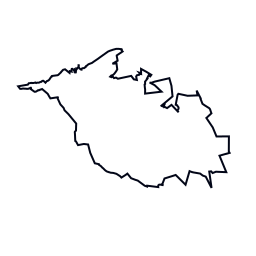 outline of Ramos Arizpe, Coahuila, Mexico, rotated 165°
{"feature_id": "50627088B1488755030545", "entity_name": "Ramos Arizpe", "entity_type": "district", "adm_level": 2, "iso_a3": "MEX", "parent_name": "Mexico", "parent_adm1": "Coahuila", "projection": "natural_earth1", "projection_center": [-101.014, 25.924], "detail": "fine", "context": "isolated", "style": "outline", "palette": "ink", "viewbox_px": 256, "rotation_deg": 165, "n_neighbors": 0, "source": "geoboundaries", "source_scale": "gbopen_adm2", "svg_char_len": 5061}
<svg xmlns="http://www.w3.org/2000/svg" viewBox="0 0 256 256"><g transform="rotate(165 128 128)"><path d="M166.6,200.4L166.7,200.1L166.9,199.9L167.0,199.7L167.1,199.4L167.3,199.2L167.4,198.9L167.5,198.8L167.5,198.7L167.6,198.4L167.7,198.2L167.8,198.1L167.9,197.7L167.9,197.1L169.1,197.8L169.5,198.0L170.2,196.3L173.6,201.0L175.6,201.0L176.5,200.5L176.6,200.3L177.6,199.8L178.2,199.2L178.5,199.2L178.9,198.8L181.0,197.7L181.4,197.4L181.9,197.3L182.3,197.2L187.7,197.9L188.2,197.5L188.4,197.7L189.8,196.6L191.5,195.1L192.0,194.8L192.4,194.7L192.6,194.5L193.0,194.4L193.4,194.4L194.0,194.3L194.3,194.3L195.3,193.6L196.0,193.1L197.5,195.5L198.5,195.7L198.8,195.6L199.0,195.5L199.2,195.3L199.8,195.0L200.1,195.1L200.8,195.2L201.7,194.9L202.0,194.9L202.5,194.9L203.0,195.0L204.1,195.3L204.3,195.3L204.5,195.3L204.8,195.3L205.1,195.2L205.5,195.5L205.7,195.9L207.5,195.9L208.3,196.1L209.0,196.2L209.1,196.4L209.4,196.5L209.7,196.6L209.9,196.6L210.3,196.7L210.8,196.7L211.2,196.7L211.9,196.8L212.1,196.9L212.3,196.9L213.5,195.8L223.3,196.7L222.1,193.8L221.3,193.5L220.7,193.4L219.1,193.3L218.7,193.1L218.3,193.0L217.9,192.8L217.6,192.7L217.1,192.6L216.8,192.5L216.6,192.4L216.2,192.3L215.9,192.1L215.5,192.0L214.9,191.8L214.6,191.8L214.3,191.7L214.0,191.7L213.8,191.7L213.6,191.8L213.2,191.8L212.1,192.0L211.8,192.1L211.7,192.1L211.4,192.0L211.4,191.8L211.4,191.5L211.4,191.3L211.5,191.2L211.7,190.9L211.8,190.7L208.9,187.2L208.4,187.1L208.0,187.0L207.7,187.0L207.3,187.0L207.0,187.1L206.6,187.2L206.3,187.3L206.0,187.4L205.5,187.7L205.3,187.7L205.1,187.7L204.8,187.7L204.7,187.5L204.0,187.5L203.4,187.7L203.0,187.7L202.8,187.7L202.7,187.8L202.3,187.8L202.2,187.7L201.4,187.8L200.9,187.9L196.7,181.8L196.0,179.0L195.3,176.7L188.1,175.9L187.8,175.7L188.3,174.7L187.2,168.3L185.0,164.1L184.7,161.5L182.0,156.9L176.9,145.7L178.9,139.0L179.0,138.9L179.9,138.4L180.3,138.1L180.5,137.6L180.7,136.4L181.0,135.0L182.3,129.1L181.7,128.5L180.7,124.4L174.8,124.0L170.8,122.4L170.9,113.7L170.8,113.1L169.2,102.5L165.5,100.6L165.6,100.0L164.1,98.3L163.7,97.6L163.1,96.4L162.4,95.5L161.4,93.7L160.9,92.9L160.7,92.7L160.0,91.8L159.2,91.1L158.6,90.8L157.8,90.2L157.7,90.2L156.9,89.7L156.3,89.3L153.8,88.4L151.0,86.7L148.0,83.4L147.2,81.8L142.4,83.3L140.4,84.1L138.0,78.7L134.4,76.1L132.2,74.7L126.8,67.9L124.7,66.5L124.4,67.3L114.1,63.1L114.0,63.9L113.5,64.8L112.6,65.2L111.6,65.0L110.7,64.6L109.8,64.1L109.3,63.9L109.2,64.1L109.3,64.2L109.3,64.3L109.4,64.6L109.3,64.9L109.3,65.1L109.2,65.1L109.1,65.4L109.0,65.5L108.9,65.5L108.2,66.5L105.8,69.8L98.0,70.1L94.1,70.3L92.5,67.6L91.3,65.5L87.1,58.3L79.7,70.4L77.4,68.7L77.2,68.7L76.8,68.5L76.6,68.3L70.1,65.3L68.1,62.7L65.5,60.9L62.8,48.5L60.8,64.9L58.9,64.6L57.9,62.6L54.4,63.0L44.5,59.9L46.8,77.6L36.3,77.7L36.7,79.2L32.7,93.8L44.7,96.9L46.0,106.6L49.7,117.4L43.6,120.6L43.7,121.2L43.9,124.9L44.4,126.1L48.1,130.1L49.8,132.1L50.4,137.6L50.1,137.8L52.0,146.4L52.4,141.5L62.1,143.7L70.5,148.0L71.5,147.2L75.9,138.1L74.6,137.2L74.5,136.3L74.0,135.4L73.9,134.5L74.0,134.1L74.2,133.6L74.6,133.1L75.7,132.2L75.1,130.1L80.0,139.1L85.1,137.1L87.0,138.8L87.8,138.8L87.9,139.7L87.5,140.2L88.7,139.9L89.1,140.9L90.8,140.5L76.8,147.0L75.1,157.5L75.2,165.4L90.1,165.9L94.0,165.6L95.4,166.4L91.2,162.5L89.0,159.0L87.9,157.1L86.2,154.4L102.6,156.8L101.5,160.7L101.2,163.0L100.7,165.7L100.5,165.8L100.1,166.0L99.5,168.4L96.5,170.6L96.8,170.9L94.5,173.5L93.2,172.1L91.7,173.3L95.8,177.6L100.1,181.7L100.4,180.5L101.2,177.5L102.9,178.6L102.1,176.9L103.0,177.2L103.5,176.5L105.1,176.6L105.5,176.6L105.8,176.6L106.8,175.6L107.0,172.1L109.8,173.5L111.4,177.5L124.8,178.2L125.0,178.2L126.6,179.8L128.6,179.8L129.4,181.6L130.7,181.3L131.9,182.2L130.6,183.0L128.8,183.1L128.0,183.5L127.1,184.0L124.7,185.9L123.9,186.8L123.3,187.2L123.1,188.2L122.4,193.4L126.4,194.1L120.6,195.7L120.3,200.0L120.1,201.0L113.4,203.3L113.9,204.3L114.1,204.8L113.7,205.1L113.8,205.8L114.1,205.9L116.4,206.8L118.9,207.5L122.2,207.5L123.6,207.4L125.5,207.3L127.5,207.0L133.7,204.7L137.4,203.3L138.9,202.7L144.1,200.9L145.9,200.2L149.7,199.8L151.2,199.1L151.4,198.9L152.4,198.7L152.6,198.6L153.0,197.9L153.4,197.7L153.8,197.8L154.1,197.6L154.9,197.2L155.7,197.4L156.7,197.5L157.5,197.1L157.8,196.4L158.4,196.7L158.5,196.8L158.7,197.2L158.9,197.4L159.1,197.6L159.3,197.9L159.5,198.2L159.6,198.5L159.7,199.1L159.8,199.1L160.0,199.2L160.0,199.3L159.6,200.5L159.3,201.3L159.5,201.4L159.7,200.8L159.9,200.2L160.1,199.8L160.1,199.7L160.3,199.4L160.5,199.3L160.9,199.2L161.1,199.2L161.3,199.1L161.5,199.0L161.6,198.9L161.7,198.7L161.9,198.2L162.1,197.8L162.0,198.4L162.6,198.8L162.7,198.4L162.8,197.9L162.9,197.7L163.0,197.5L163.1,197.4L163.2,197.1L163.5,196.6L164.0,195.3L164.3,195.4L164.6,195.3L164.8,195.3L165.0,195.5L165.2,195.8L165.2,196.0L165.1,196.4L165.0,196.5L164.9,196.7L164.8,197.1L164.8,197.3L164.2,198.2L164.3,198.3L164.5,198.6L164.7,198.4L164.8,198.3L165.1,197.7L165.3,197.8L165.3,198.0L165.3,198.3L165.5,198.5L165.8,198.7L165.9,198.8L166.0,198.8L166.5,198.8L166.5,199.0L166.6,199.6L166.6,199.8L166.6,200.1L166.6,200.4Z" fill="none" stroke="#020617" stroke-width="2"/></g></svg>